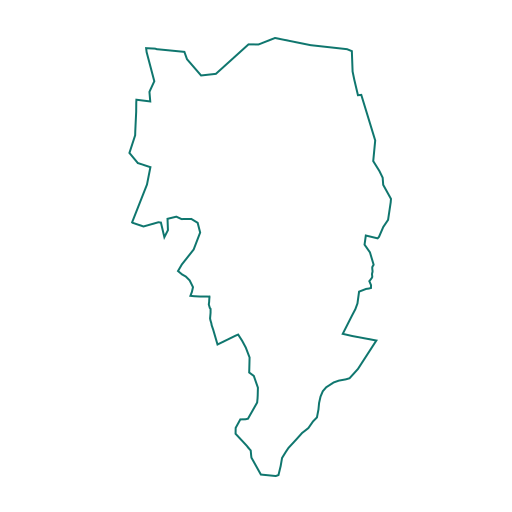 the district of Gabasawa, Kano, Nigeria, rotated 3°
{"feature_id": "59680162B83052310642670", "entity_name": "Gabasawa", "entity_type": "district", "adm_level": 2, "iso_a3": "NGA", "parent_name": "Nigeria", "parent_adm1": "Kano", "projection": "robinson", "projection_center": [8.837, 12.134], "detail": "fine", "context": "isolated", "style": "outline", "palette": "teal", "viewbox_px": 512, "rotation_deg": 3, "n_neighbors": 0, "source": "geoboundaries", "source_scale": "gbopen_adm2", "svg_char_len": 2167}
<svg xmlns="http://www.w3.org/2000/svg" viewBox="0 0 512 512"><g transform="rotate(3 256 256)"><path d="M380.6,334.1L356.5,330.9L346.7,329.2L355.1,310.2L358.0,303.9L359.8,298.1L360.8,286.2L367.7,283.1L370.4,282.6L372.5,281.9L372.4,279.1L370.5,275.2L371.3,274.1L372.1,272.9L372.7,272.0L373.2,270.8L373.0,269.4L372.8,268.2L372.9,267.0L373.2,265.8L373.1,264.4L372.8,262.8L372.7,261.3L372.9,260.4L373.4,259.6L373.9,258.6L373.7,257.9L369.6,246.4L363.8,239.0L364.6,229.8L376.5,232.0L377.8,230.5L381.6,220.3L386.0,213.0L387.7,195.4L387.8,191.9L379.3,178.3L378.4,171.2L374.8,164.7L368.1,155.1L369.0,134.4L352.7,89.6L349.4,90.1L344.9,74.7L342.8,66.7L341.0,46.4L336.1,44.7L299.5,42.6L263.5,37.3L247.5,44.6L237.4,45.1L206.4,76.2L191.7,78.6L187.0,73.7L176.8,63.1L173.8,55.9L147.2,54.7L146.1,54.7L145.6,54.5L144.3,54.2L140.4,54.2L135.4,54.2L136.1,58.1L145.3,86.8L141.7,95.8L141.0,97.7L142.3,107.2L128.4,106.2L128.4,109.3L128.8,118.3L128.9,137.3L129.0,141.8L124.2,159.7L132.7,168.9L133.1,169.4L133.7,169.5L145.4,172.7L145.9,172.8L143.4,190.3L130.5,228.9L131.0,229.3L142.1,232.4L156.8,227.4L159.0,227.6L159.3,227.6L163.5,242.0L166.7,234.8L165.7,223.5L174.4,220.9L179.6,223.0L189.5,222.4L196.0,225.9L199.0,235.5L193.4,252.8L182.4,268.3L178.9,275.1L183.3,278.4L183.7,278.5L183.8,278.6L187.0,280.2L191.0,283.8L194.7,290.4L193.9,295.1L192.6,299.2L196.1,299.4L202.0,299.4L206.3,299.2L210.8,299.0L211.6,298.9L211.7,299.3L211.6,302.0L211.6,304.4L211.4,306.8L212.6,310.3L213.4,311.2L213.6,315.2L213.4,320.7L213.8,322.4L214.9,325.5L215.4,327.6L217.1,331.8L222.2,346.4L239.8,336.6L242.3,335.4L246.6,341.4L250.6,348.0L254.9,357.7L255.2,368.6L255.3,372.7L260.1,375.9L264.8,387.4L265.0,395.0L265.0,398.1L264.8,402.3L256.5,418.9L254.1,419.6L248.9,420.0L244.7,428.7L244.9,434.6L256.4,445.7L258.3,447.7L258.2,447.8L260.9,450.5L261.6,455.4L262.0,457.7L262.8,458.9L272.3,474.0L287.2,474.7L289.9,473.6L291.6,464.6L292.6,456.3L296.1,449.9L298.5,445.9L306.0,436.9L311.3,430.3L317.3,425.1L321.6,418.2L325.3,414.0L326.4,406.1L326.7,399.4L327.8,393.0L329.8,387.5L333.0,383.4L340.2,378.2L345.3,376.1L352.1,374.5L355.8,373.2L363.7,363.5L380.6,334.1Z" fill="none" stroke="#0f766e" stroke-width="2"/></g></svg>